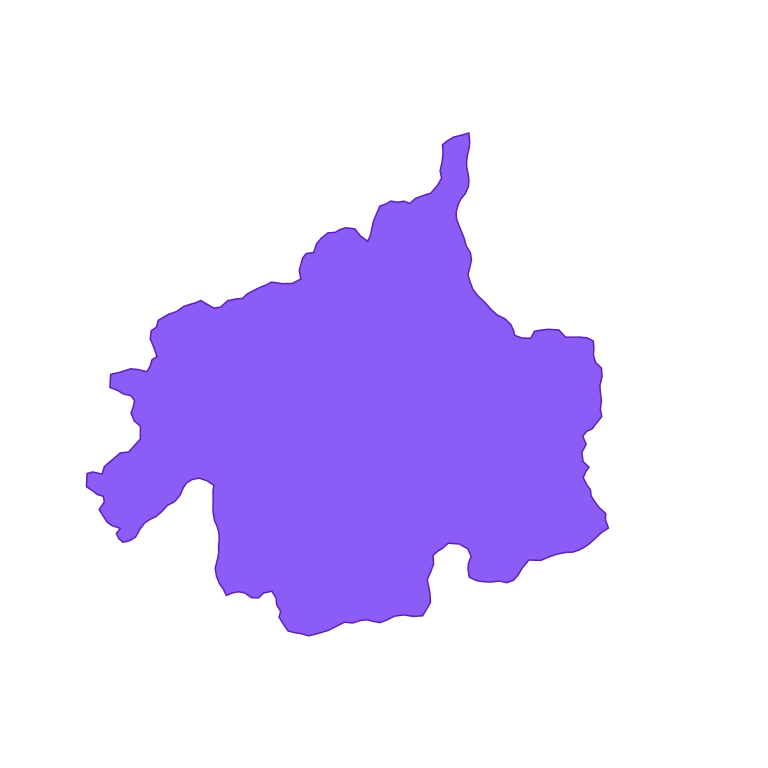 Santa Bárbara do Monte Verde, Minas Gerais, Brazil, rotated 110°
{"feature_id": "56859067B95233367881630", "entity_name": "Santa Bárbara do Monte Verde", "entity_type": "district", "adm_level": 2, "iso_a3": "BRA", "parent_name": "Brazil", "parent_adm1": "Minas Gerais", "projection": "mercator", "projection_center": [-43.696, -21.962], "detail": "fine", "context": "isolated", "style": "filled", "palette": "violet", "viewbox_px": 768, "rotation_deg": 110, "n_neighbors": 0, "source": "geoboundaries", "source_scale": "gbopen_adm2", "svg_char_len": 3423}
<svg xmlns="http://www.w3.org/2000/svg" viewBox="0 0 768 768"><g transform="rotate(110 384 384)"><path d="M636.6,459.8L632.4,455.3L629.2,450.2L627.9,443.7L630.1,435.5L627.9,428.7L621.7,425.8L617.1,418.5L622.2,412.1L628.0,409.5L633.2,403.3L638.9,402.9L643.4,397.4L648.9,389.7L648.1,382.1L646.9,376.4L646.4,368.5L640.6,360.1L634.7,352.2L627.1,345.1L621.2,339.6L619.4,331.8L614.6,325.7L611.3,319.3L610.8,313.2L609.6,306.1L604.6,300.4L598.6,294.7L594.2,286.3L592.4,277.0L588.6,268.4L580.6,266.9L573.4,265.6L565.1,269.2L559.0,272.7L553.2,276.5L544.4,275.9L536.2,275.8L528.4,279.3L523.1,276.5L518.4,272.9L511.6,269.1L508.6,258.5L510.3,248.7L516.3,243.2L523.9,243.3L529.3,241.7L536.4,237.8L537.1,229.5L535.8,223.2L533.4,215.5L529.6,208.1L528.8,200.8L524.5,195.4L517.7,192.6L509.8,191.2L499.9,187.7L496.1,176.3L490.0,169.8L484.9,163.5L480.2,155.8L477.4,149.1L473.4,144.0L469.2,140.2L464.4,136.7L458.3,133.4L449.4,129.0L442.6,123.8L436.1,129.4L429.9,131.3L426.5,139.5L421.8,146.8L418.0,151.3L412.9,153.7L409.3,159.0L404.0,164.7L397.4,164.5L392.1,162.9L388.7,170.4L380.7,174.7L371.5,173.4L365.0,179.4L359.0,177.2L354.9,173.0L348.4,171.1L340.1,168.2L333.6,172.1L325.3,174.0L317.8,177.8L311.7,180.6L302.5,181.6L294.7,185.1L291.3,192.6L285.6,196.9L279.0,198.9L272.0,202.0L271.1,209.1L273.2,216.7L275.5,222.8L277.9,229.5L273.4,238.1L276.4,248.3L280.0,255.6L283.0,260.7L290.9,261.7L293.6,270.3L293.6,277.8L288.9,281.0L284.7,285.3L281.3,292.8L280.5,301.0L277.5,308.6L273.2,316.3L269.0,325.9L264.6,332.9L259.0,337.7L252.6,342.5L245.2,343.2L237.6,344.2L231.1,347.7L226.3,353.8L219.1,358.9L213.6,364.0L208.6,368.5L204.1,372.3L197.9,375.0L189.4,375.7L183.7,375.0L177.5,372.8L169.8,372.2L163.5,373.8L157.6,377.0L151.8,380.5L146.7,382.5L140.7,383.8L133.4,384.6L127.2,386.2L119.1,390.1L124.2,397.1L128.3,403.2L133.9,407.7L139.3,410.9L146.3,407.7L155.0,405.4L164.4,404.2L171.0,400.3L179.0,401.7L188.8,405.4L193.2,411.3L198.8,417.9L205.5,421.5L205.3,427.6L208.6,433.5L209.8,440.3L214.2,443.7L218.3,448.8L226.3,449.2L234.8,449.6L240.6,448.8L248.9,447.6L255.4,448.2L253.0,456.6L248.2,464.5L250.3,473.5L253.7,478.0L258.0,481.5L261.3,488.5L268.7,492.9L275.2,495.3L284.5,495.1L287.9,501.6L293.0,503.5L298.5,503.1L306.0,502.6L313.7,498.1L321.0,504.7L324.6,514.3L326.7,524.7L331.2,528.5L335.9,533.9L341.5,539.2L346.2,543.4L352.0,546.3L354.6,552.0L359.2,559.4L367.7,563.9L370.9,570.2L369.6,577.1L368.2,584.7L372.6,589.5L376.0,594.2L380.0,599.1L386.8,603.6L392.1,610.3L401.4,617.9L408.5,617.3L413.5,621.0L421.4,619.2L428.6,612.6L435.8,606.7L440.5,610.3L446.6,609.9L453.5,610.9L454.7,621.1L456.4,627.3L463.0,635.8L468.5,644.2L481.0,640.3L481.1,632.2L482.5,625.6L481.6,617.5L485.2,612.6L492.1,611.8L497.8,611.8L504.1,606.1L507.1,598.4L519.2,594.2L526.3,597.1L535.2,600.7L539.0,608.3L545.4,611.8L551.5,615.4L557.2,618.5L565.1,618.2L566.3,627.7L569.6,632.4L575.2,630.7L582.3,628.5L584.1,621.1L585.9,615.7L585.6,609.3L590.4,606.5L599.5,608.7L604.5,602.2L608.4,597.1L610.1,591.4L609.9,582.4L616.0,584.4L619.9,580.6L622.0,575.1L618.2,569.3L612.8,565.1L603.7,563.6L596.3,561.3L591.2,557.5L586.7,553.0L579.9,549.2L572.3,546.1L566.3,540.6L558.7,537.7L550.0,537.1L544.7,535.7L539.7,532.0L535.6,525.5L535.5,516.6L537.5,509.2L543.3,508.0L551.9,504.7L562.5,501.0L570.4,496.5L574.7,492.3L580.0,488.4L586.5,485.6L592.9,484.1L598.6,481.8L605.2,480.6L614.9,479.6L622.2,475.5L627.9,470.3L631.5,465.1L636.6,459.8Z" fill="#8b5cf6" stroke="#5b21b6" stroke-width="1.5"/></g></svg>